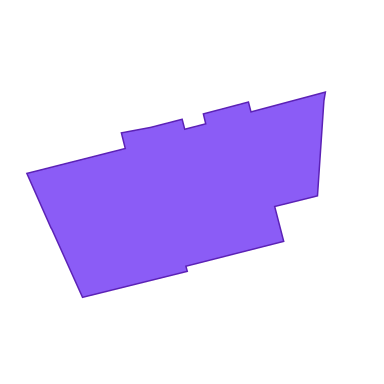 the district of Polk, Georgia, United States of America, rotated 345°
{"feature_id": "52423323B20564023732309", "entity_name": "Polk", "entity_type": "district", "adm_level": 2, "iso_a3": "USA", "parent_name": "United States of America", "parent_adm1": "Georgia", "projection": "orthographic", "projection_center": [-85.188, 34.0], "detail": "fine", "context": "isolated", "style": "filled", "palette": "violet", "viewbox_px": 384, "rotation_deg": 345, "n_neighbors": 0, "source": "geoboundaries", "source_scale": "gbopen_adm2", "svg_char_len": 453}
<svg xmlns="http://www.w3.org/2000/svg" viewBox="0 0 384 384"><g transform="rotate(345 192 192)"><path d="M267.8,263.4L268.1,227.4L312.2,228.2L343.0,138.1L346.7,130.0L269.7,129.9L269.8,119.7L223.2,119.5L222.9,129.7L201.2,129.5L201.3,119.2L168.6,118.9L139.1,116.6L138.8,132.7L123.2,132.5L37.3,131.3L38.3,137.7L46.5,190.1L47.0,191.7L51.4,218.7L59.0,265.4L166.9,267.4L166.9,262.1L267.8,263.4Z" fill="#8b5cf6" stroke="#5b21b6" stroke-width="1.5"/></g></svg>